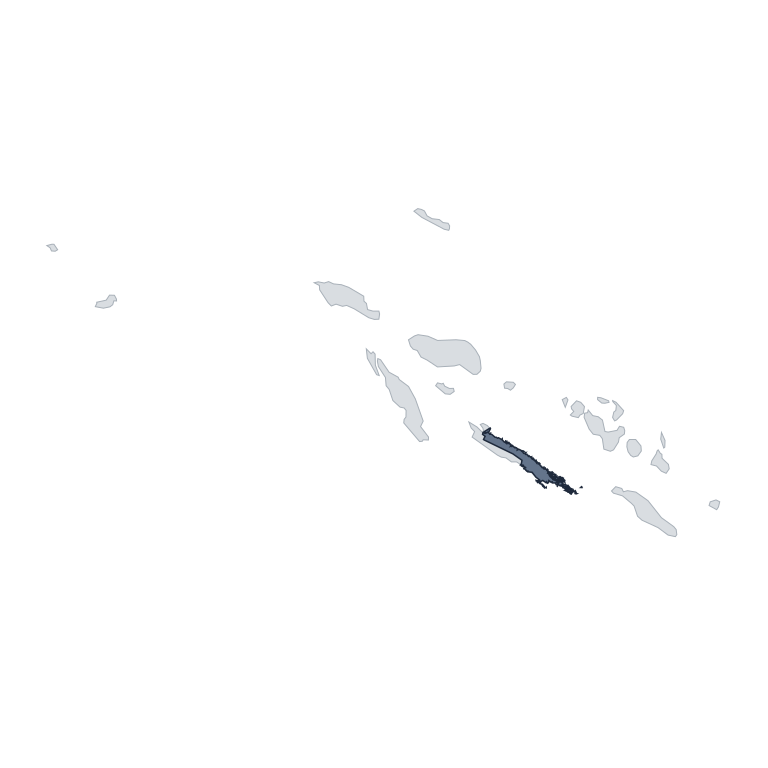 Hograno-Kia-Havulei, Isabel, Solomon Islands (highlighted), rotated 176°
{"feature_id": "97153195B62958617202697", "entity_name": "Hograno-Kia-Havulei", "entity_type": "district", "adm_level": 2, "iso_a3": "SLB", "parent_name": "Solomon Islands", "parent_adm1": "Isabel", "projection": "robinson", "projection_center": [158.602, -7.881], "detail": "fine", "context": "in_parent", "style": "filled", "palette": "slate", "viewbox_px": 768, "rotation_deg": 176, "n_neighbors": 0, "source": "geoboundaries", "source_scale": "gbopen_adm2", "svg_char_len": 9823}
<svg xmlns="http://www.w3.org/2000/svg" viewBox="0 0 768 768"><g transform="rotate(176 384 384)"><path d="M294.4,387.4L307.2,398.1L312.7,397.1L329.5,397.3L339.4,404.9L345.2,408.3L348.5,415.1L352.5,416.7L355.0,420.1L356.5,426.4L350.3,429.8L346.6,430.8L336.8,428.6L327.5,423.7L309.0,423.1L300.4,421.7L297.4,419.9L294.6,417.4L290.3,411.5L286.9,404.6L286.3,400.5L286.1,392.8L287.1,390.0L290.6,387.2L294.4,387.4ZM352.5,324.1L367.0,343.8L366.4,347.3L364.4,349.5L363.8,356.1L365.6,358.7L369.6,359.8L376.3,366.9L379.2,378.2L382.0,382.1L382.1,390.4L388.4,401.8L389.0,407.3L388.4,409.8L385.7,408.4L378.1,395.4L369.4,389.8L368.5,387.4L359.7,379.8L353.8,367.0L347.5,344.3L350.5,339.0L343.3,328.0L343.6,325.0L348.8,325.6L349.8,324.2L352.5,324.1ZM300.1,334.0L302.0,340.2L294.2,334.6L288.3,327.9L271.4,320.5L267.7,316.8L264.7,316.3L256.0,310.2L247.5,306.0L241.0,298.5L237.8,297.2L232.5,291.3L227.3,287.4L225.5,280.3L220.4,275.4L219.2,273.2L235.3,277.2L242.8,285.0L249.2,289.4L251.4,292.6L257.1,297.0L262.3,297.4L267.5,301.8L272.2,302.9L275.9,305.2L299.8,324.9L296.9,330.2L300.1,334.0ZM408.5,461.1L415.8,465.0L420.0,464.4L426.3,467.0L431.1,465.5L434.1,469.0L441.6,482.4L441.6,486.8L446.6,489.9L442.4,490.5L436.6,488.9L432.1,490.0L427.4,487.4L419.5,486.0L412.5,482.9L398.1,473.0L398.2,468.0L395.9,465.6L395.2,459.4L390.0,457.5L384.0,457.1L383.5,454.2L384.6,449.0L389.1,449.1L394.6,451.2L408.5,461.1ZM162.7,259.1L164.5,261.4L160.0,265.4L154.1,263.2L152.7,259.8L148.5,260.6L140.3,258.6L128.8,249.2L116.6,231.3L104.9,221.5L102.7,218.4L102.4,213.3L104.0,211.4L111.2,213.5L120.6,221.6L136.1,230.1L140.3,234.4L143.0,244.8L145.6,247.8L153.9,255.8L162.7,259.1ZM178.8,319.3L182.5,324.7L186.7,336.8L185.9,340.9L182.9,341.2L182.1,343.8L178.0,337.9L172.6,336.4L168.6,332.8L166.9,321.2L163.7,320.4L154.8,321.5L152.0,325.4L147.9,324.1L147.1,320.7L147.7,317.3L153.1,314.0L154.2,309.7L159.6,302.3L162.9,301.1L169.2,303.7L170.0,314.2L172.3,317.7L178.8,319.3ZM342.1,554.3L338.1,556.6L334.4,555.5L331.6,553.8L329.3,548.7L324.4,545.5L317.4,544.2L313.8,540.9L308.9,539.9L307.5,537.2L307.9,534.3L308.7,532.8L313.2,534.2L334.7,547.6L342.1,554.3ZM116.2,298.2L115.1,299.2L113.2,295.6L111.7,294.5L111.8,290.5L105.9,284.0L105.4,279.5L108.8,275.2L113.4,277.7L117.9,283.2L123.3,285.0L122.2,288.7L117.4,295.2L116.2,298.2ZM145.5,308.7L143.1,311.5L136.8,311.1L132.0,304.3L132.0,299.2L135.8,294.6L140.4,293.8L142.9,295.6L145.2,299.4L146.1,304.4L145.5,308.7ZM198.9,348.5L193.1,353.8L189.0,352.0L185.6,347.5L187.3,340.7L190.7,339.3L192.5,336.9L198.7,338.8L200.3,340.1L196.6,343.4L198.6,346.1L198.9,348.5ZM664.9,485.6L655.3,487.0L651.6,491.8L646.7,491.3L645.0,487.4L645.0,485.5L647.7,485.8L649.1,482.0L652.0,480.1L658.6,479.2L666.6,481.3L664.7,484.8L664.9,485.6ZM398.8,410.8L399.2,420.3L394.8,415.1L392.7,416.9L390.8,414.5L391.3,403.4L388.2,392.8L390.7,393.8L398.8,410.8ZM157.0,350.5L157.1,351.5L153.8,349.6L146.8,340.7L148.0,337.7L154.5,331.9L156.5,331.1L158.3,334.7L156.7,340.0L154.6,341.4L153.7,346.3L157.0,350.5ZM318.7,369.1L323.6,369.9L332.6,378.7L330.5,381.4L326.3,380.0L324.9,380.6L323.6,377.6L319.1,375.0L315.0,374.8L314.5,371.7L318.7,369.1ZM261.7,377.6L254.9,376.7L252.9,374.4L255.3,371.1L258.3,369.0L261.0,370.9L264.0,371.4L264.4,375.6L261.7,377.6ZM66.8,243.7L60.9,245.2L57.3,243.1L58.9,238.1L60.9,235.4L68.2,240.1L66.8,243.7ZM290.8,336.9L288.0,337.8L283.9,335.4L282.1,333.2L282.9,329.7L285.4,328.4L288.1,330.7L288.4,333.1L290.8,336.9ZM710.7,545.6L705.5,546.6L703.5,546.4L700.2,540.7L702.7,539.4L706.4,539.9L707.6,543.2L710.7,545.6ZM172.0,353.5L171.8,355.8L168.5,355.1L161.1,351.6L160.8,350.0L165.0,349.4L168.1,349.8L172.0,353.5ZM111.8,309.7L110.6,316.3L107.6,308.1L108.3,301.4L109.4,300.6L111.8,309.7ZM207.3,356.0L203.0,357.9L201.6,355.3L204.8,348.1L207.3,356.0Z" fill="#d9dde1" stroke="#a8b0b8" stroke-width="1"/><path d="M289.2,326.9L286.8,324.8L288.6,321.7L288.0,321.2L260.3,305.3L251.7,298.3L252.5,295.0L253.6,293.7L252.7,293.3L252.9,292.6L252.3,293.6L250.6,293.2L250.3,291.8L248.8,291.0L250.5,289.9L250.4,289.6L248.6,289.0L248.7,288.3L247.5,287.0L246.6,287.1L246.7,286.4L242.4,285.6L239.0,280.5L235.5,277.4L235.3,275.5L232.3,276.7L229.2,274.2L228.7,275.1L227.7,273.6L226.8,274.2L226.3,276.2L224.2,274.4L223.1,274.8L223.0,273.6L219.7,273.3L219.3,271.7L217.6,271.2L217.9,271.8L217.1,272.6L217.9,273.4L217.4,273.6L218.5,273.8L217.6,274.2L218.0,274.8L220.3,276.1L220.5,276.9L221.2,276.4L224.9,280.1L225.8,282.1L225.5,283.8L225.9,283.1L226.9,283.6L226.6,283.9L226.8,284.8L226.4,285.9L226.8,286.8L227.0,286.1L229.1,288.7L229.5,287.9L230.7,288.3L230.8,289.6L232.0,289.4L234.9,293.4L236.5,293.7L234.6,293.6L234.8,294.5L235.8,294.4L236.9,295.6L237.3,294.7L238.1,296.1L237.4,296.1L237.6,297.4L239.1,297.0L239.6,298.3L240.0,297.9L240.7,298.4L240.0,298.5L240.4,299.7L241.4,299.8L240.9,298.6L241.9,299.4L242.4,300.5L242.1,300.8L242.5,301.2L243.2,301.0L244.3,302.2L244.9,301.7L246.5,303.9L247.8,303.9L248.2,304.9L247.6,305.5L249.6,305.1L250.9,307.6L252.0,307.0L251.1,307.7L254.0,309.5L254.9,309.8L254.7,309.2L255.7,308.8L255.4,310.0L256.3,311.1L258.1,311.3L259.7,313.2L260.4,312.8L260.7,312.8L260.5,313.6L261.8,313.2L261.1,314.0L261.9,315.1L262.3,314.7L263.3,316.7L264.2,316.0L264.3,316.9L265.6,316.3L266.8,316.8L266.9,317.4L265.6,317.1L265.5,318.2L268.0,317.6L270.0,320.1L269.9,321.1L270.7,320.5L273.6,322.4L274.6,322.0L275.6,323.0L276.9,323.1L280.1,326.3L281.7,326.5L281.3,327.5L282.4,327.2L283.6,328.6L286.6,327.7L288.5,328.8L289.2,326.9ZM222.9,280.0L218.9,275.7L218.1,275.9L218.4,276.7L217.3,276.5L216.3,276.1L216.7,275.3L215.7,275.6L213.8,273.9L213.7,274.5L212.7,274.4L214.2,276.0L214.0,276.4L212.3,275.9L213.0,275.8L212.2,274.5L211.8,275.4L209.9,274.9L212.1,276.8L213.9,276.9L213.1,278.8L214.4,277.7L214.7,279.2L215.6,279.0L216.3,279.8L214.7,277.2L215.6,276.9L216.4,277.7L217.2,277.2L216.8,278.0L218.5,279.2L219.9,277.8L220.3,278.6L219.3,279.0L219.6,279.4L222.9,280.0ZM217.2,271.6L215.6,270.3L214.5,270.9L213.3,269.7L213.0,270.7L213.9,271.3L213.1,271.2L211.6,269.6L208.8,268.6L208.7,267.2L207.1,267.0L208.1,270.0L212.1,271.7L214.0,273.7L216.5,274.4L216.6,274.1L216.8,273.9L216.8,273.4L216.1,272.7L216.7,272.9L216.2,272.4L216.9,272.6L217.2,271.6ZM287.8,329.2L285.2,328.1L283.9,328.8L282.9,328.7L280.9,332.0L281.2,332.7L287.8,329.2ZM209.0,265.3L208.5,264.6L207.4,266.6L206.1,266.3L205.8,265.7L207.2,265.9L208.3,264.3L206.5,263.6L205.6,264.0L206.1,265.4L205.5,264.9L204.9,265.5L203.9,264.3L204.4,265.5L203.4,266.0L205.4,267.0L206.8,269.0L206.9,266.9L208.6,266.6L209.0,265.3ZM225.5,282.1L224.3,279.9L224.5,280.5L223.6,280.0L223.2,280.7L223.8,280.5L224.2,280.9L222.0,281.4L224.8,283.0L224.7,282.2L225.5,282.1ZM206.4,263.3L204.9,263.3L205.6,263.0L204.6,262.6L204.3,263.1L204.1,263.2L203.9,262.5L203.4,263.0L205.1,264.7L205.5,263.8L206.4,263.3ZM236.6,275.9L235.8,274.0L234.2,273.2L234.8,275.1L236.6,275.9ZM220.9,282.3L220.2,281.8L220.5,281.2L219.0,280.5L218.9,281.7L220.9,282.3ZM201.5,261.5L199.8,261.9L200.5,264.0L201.1,263.4L200.9,262.0L201.5,261.5ZM233.5,272.6L232.7,270.9L231.7,271.2L233.0,272.9L233.5,272.6ZM226.2,285.6L226.4,284.1L225.3,284.9L226.2,285.6ZM206.5,262.8L206.2,262.0L205.4,261.3L204.2,261.0L206.5,262.8ZM238.4,276.7L237.7,275.0L237.2,275.2L237.3,276.1L237.7,276.8L238.4,276.7ZM208.4,263.9L207.4,263.1L206.7,262.9L206.8,263.6L208.4,263.9ZM210.0,266.2L209.2,265.8L209.4,266.8L209.8,267.4L209.4,266.7L210.0,266.2ZM211.4,267.8L210.8,266.8L210.0,267.4L210.4,267.8L211.4,267.8ZM224.4,284.4L223.8,283.4L223.3,283.8L223.7,284.5L224.4,284.4ZM223.5,283.1L223.1,282.5L222.7,282.4L222.9,283.4L223.5,283.1ZM250.7,307.6L250.1,306.9L249.2,307.1L249.9,307.6L250.7,307.6ZM212.7,268.1L212.2,267.9L212.2,268.9L212.4,268.9L212.7,268.1ZM223.9,283.4L224.3,283.0L223.9,282.8L223.9,283.4ZM208.5,264.5L209.2,264.3L208.6,264.0L208.5,264.5ZM200.5,261.2L200.0,261.0L199.3,261.2L200.1,261.5L200.5,261.2ZM214.8,270.0L213.7,269.7L213.7,269.8L214.4,270.4L214.8,270.0ZM218.0,280.6L217.9,279.9L217.7,280.1L218.0,280.6ZM252.2,292.4L251.7,292.1L251.7,292.8L252.2,292.4ZM231.5,269.7L231.0,269.0L230.9,269.0L230.7,269.4L230.7,269.6L230.8,269.7L231.5,269.7ZM231.4,289.7L230.8,289.6L230.6,289.4L230.4,289.8L231.4,289.7ZM194.8,268.3L193.8,267.4L194.6,267.0L193.8,266.9L193.8,267.4L194.8,268.3ZM202.0,264.3L202.0,263.6L201.6,263.8L202.0,264.3ZM211.9,277.7L211.8,277.0L211.6,277.5L211.9,277.7ZM211.5,274.9L211.7,274.3L211.1,274.2L211.5,274.9ZM211.0,274.1L210.6,273.6L210.7,274.2L211.0,274.1ZM213.6,269.7L213.2,269.2L213.0,269.5L213.6,269.7ZM241.8,300.6L242.1,300.3L241.8,300.1L241.8,300.6ZM212.6,273.9L212.8,273.4L212.3,273.6L212.6,273.9ZM226.9,287.4L227.1,287.0L226.7,287.2L226.9,287.4ZM239.0,277.2L239.0,276.9L238.3,276.8L239.0,277.2ZM229.2,289.6L228.9,288.9L229.2,289.6ZM203.1,264.4L203.2,264.0L202.8,264.2L203.1,264.4ZM266.6,318.7L266.7,318.2L266.4,318.6L266.6,318.7ZM222.1,282.8L222.2,282.5L221.7,282.5L222.1,282.8ZM265.2,317.5L265.4,317.1L265.0,317.1L265.2,317.5ZM217.8,269.3L218.2,269.8L218.2,269.7L217.8,269.3ZM258.1,312.3L258.0,311.9L257.8,311.9L258.1,312.3ZM236.4,277.5L236.6,277.2L236.3,277.2L236.4,277.5ZM222.8,285.1L222.4,284.3L222.0,284.2L222.8,285.1ZM210.5,265.0L210.0,264.7L209.7,264.9L209.7,265.0L210.5,265.0ZM221.6,277.5L221.3,277.2L221.4,277.6L221.6,277.5ZM217.1,274.3L216.9,273.8L216.8,274.0L217.1,274.3ZM234.3,293.6L234.2,293.3L234.1,293.6L234.3,293.6ZM231.8,270.6L231.4,270.5L231.6,270.7L231.6,271.0L231.5,270.8L231.3,270.7L231.6,271.0L231.7,270.9L231.8,270.8L231.8,270.6ZM225.1,284.8L225.1,284.4L224.9,284.3L225.1,284.8ZM217.3,274.6L216.8,274.1L216.5,274.3L216.7,274.5L217.3,274.6ZM233.2,273.6L233.2,273.3L233.2,273.6ZM226.4,287.0L226.3,286.8L226.2,286.6L226.4,287.0ZM213.6,274.0L213.5,273.7L213.3,274.0L213.6,274.0ZM222.3,278.3L222.3,277.9L222.0,278.2L222.3,278.3ZM229.4,269.5L229.6,269.3L229.4,269.2L229.4,269.5ZM265.5,316.8L265.5,316.5L265.3,316.7L265.5,316.8ZM209.7,268.1L209.2,267.9L209.2,268.1L209.7,268.1Z" fill="#64748b" stroke="#1e293b" stroke-width="1.5"/></g></svg>